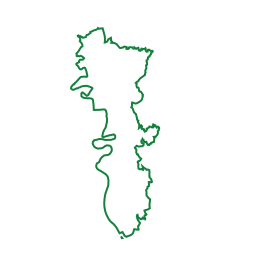 Pirojpur, Barisal, Bangladesh, rotated 344°
{"feature_id": "16705992B46028667424095", "entity_name": "Pirojpur", "entity_type": "district", "adm_level": 2, "iso_a3": "BGD", "parent_name": "Bangladesh", "parent_adm1": "Barisal", "projection": "mercator", "projection_center": [89.98, 22.515], "detail": "fine", "context": "isolated", "style": "outline", "palette": "green", "viewbox_px": 256, "rotation_deg": 344, "n_neighbors": 0, "source": "geoboundaries", "source_scale": "gbopen_adm2", "svg_char_len": 5840}
<svg xmlns="http://www.w3.org/2000/svg" viewBox="0 0 256 256"><g transform="rotate(344 128 128)"><path d="M90.9,226.8L94.0,226.5L95.1,230.8L96.6,232.2L97.6,231.9L100.8,231.8L103.0,231.1L104.1,230.1L106.1,227.0L109.7,228.6L110.2,228.5L110.6,225.2L111.6,224.5L113.4,222.6L112.2,219.3L112.0,217.9L112.2,215.2L112.7,214.2L113.2,214.1L113.1,216.0L113.3,216.8L115.0,219.0L116.0,219.4L117.3,218.3L118.2,219.7L119.2,220.5L119.6,220.0L119.5,218.7L119.3,218.6L119.4,217.3L120.2,216.5L121.6,216.5L121.9,216.1L121.2,214.3L121.0,212.3L121.1,211.8L124.7,211.8L126.8,211.2L127.4,207.9L129.6,202.7L128.4,200.9L127.2,198.1L127.5,196.7L128.2,194.5L128.2,192.9L128.9,192.2L130.0,191.5L130.6,189.8L132.3,189.5L133.1,185.7L133.7,185.7L135.0,186.6L135.7,186.7L136.1,186.5L136.2,183.8L135.3,181.8L135.1,180.6L135.5,180.1L135.5,179.2L136.6,176.1L136.8,174.3L135.7,173.4L134.2,173.3L133.8,172.1L132.6,171.0L131.4,168.9L131.3,171.9L130.8,172.5L130.5,172.2L130.1,171.2L128.1,171.0L126.9,169.9L127.3,167.7L128.1,165.5L127.9,163.3L128.6,162.8L130.2,162.8L131.5,161.9L132.2,161.0L131.5,160.3L131.0,159.3L130.4,157.4L130.4,156.3L129.6,156.1L129.4,155.8L129.2,153.5L129.9,151.9L130.0,150.8L129.1,149.1L129.1,148.8L131.5,147.5L133.2,148.9L134.9,149.0L136.7,149.5L137.9,149.0L138.4,148.4L138.1,146.7L137.0,146.0L137.0,145.3L137.4,143.8L138.2,143.7L138.9,142.6L139.1,143.3L139.5,143.5L139.3,143.9L139.3,144.8L140.0,145.3L140.1,146.1L140.4,145.9L140.6,146.3L141.8,146.4L141.9,148.2L142.6,150.0L143.7,150.2L143.8,149.7L144.2,149.4L146.1,149.4L146.1,148.7L146.7,148.6L147.8,148.4L149.0,148.6L150.2,145.9L150.5,144.4L150.3,143.6L150.6,143.6L150.9,144.3L151.6,144.5L154.8,142.1L155.4,141.2L155.8,139.2L156.6,138.9L157.1,138.4L157.3,137.6L157.8,137.2L158.0,136.2L157.2,134.9L156.0,134.9L155.7,135.4L154.9,133.6L155.1,133.0L153.8,132.1L153.3,131.5L152.5,132.5L153.1,133.8L152.5,134.3L151.4,134.2L151.2,133.8L149.0,132.5L148.4,133.3L147.5,133.3L146.9,133.7L145.8,133.8L145.8,134.7L145.1,135.2L144.8,135.9L143.1,136.1L143.0,134.9L142.7,134.7L142.8,134.2L143.1,133.9L143.1,133.7L142.6,133.3L142.0,133.2L141.8,132.8L141.1,132.8L140.8,132.2L142.0,130.2L141.4,129.0L140.9,129.1L140.6,129.9L138.7,130.9L139.2,129.9L139.8,127.1L139.3,125.8L139.3,124.1L139.9,123.9L139.1,122.3L139.3,120.9L139.5,117.0L138.1,114.6L137.9,111.0L137.5,109.8L136.9,109.0L137.7,108.2L138.3,106.7L138.5,105.6L139.1,104.6L141.8,106.5L143.0,106.7L146.6,105.9L148.6,104.9L149.4,104.3L151.0,101.5L150.8,101.1L151.5,100.3L150.5,96.9L149.9,96.3L149.3,96.2L148.9,95.4L149.2,92.7L149.1,92.1L149.0,91.9L147.8,91.5L147.8,89.6L148.1,88.4L148.6,87.9L148.4,87.1L148.0,86.8L149.1,86.1L150.9,85.8L151.7,84.8L153.4,83.7L159.1,81.6L159.3,80.4L160.2,79.5L160.1,79.1L160.4,77.7L160.9,77.2L161.2,76.5L162.1,75.7L162.7,72.7L163.7,72.4L164.4,70.2L164.1,69.3L164.5,68.1L165.5,67.8L166.3,66.9L166.5,65.7L168.4,65.2L168.4,64.7L170.3,63.5L170.9,62.3L172.2,61.9L172.5,61.5L172.1,61.1L172.8,60.8L172.6,60.5L171.2,60.3L169.7,58.4L168.7,58.4L168.0,59.9L166.9,59.8L166.3,58.6L166.9,56.5L166.8,56.1L166.2,56.4L165.4,56.5L164.4,56.3L162.8,55.4L162.5,55.8L162.7,56.7L162.6,57.0L161.2,56.8L160.8,57.1L159.8,56.3L160.0,55.4L160.0,53.7L158.8,53.7L158.1,54.2L157.5,54.1L156.7,52.8L156.6,53.3L156.2,53.4L154.9,53.1L154.7,51.9L153.4,51.4L152.7,50.9L151.0,50.9L150.9,51.6L150.7,51.6L150.2,52.0L148.5,51.7L148.3,51.6L148.3,51.2L149.0,50.1L148.9,49.8L147.2,48.8L146.0,48.9L145.3,49.3L144.4,49.0L143.3,49.2L142.5,49.0L141.9,48.2L140.2,44.3L138.1,42.4L135.5,41.5L136.5,40.7L135.7,39.2L136.2,38.4L136.4,36.6L133.6,37.3L131.8,39.2L130.2,39.4L129.2,39.4L130.2,36.8L131.0,33.2L131.1,25.2L127.2,24.5L126.7,23.7L126.1,24.3L125.1,24.7L121.6,24.8L119.4,25.3L118.3,25.2L118.0,26.4L117.5,26.4L115.5,27.3L113.8,27.2L112.8,28.8L111.5,29.0L109.3,28.7L109.1,28.5L109.1,28.1L108.5,27.9L108.2,27.2L107.0,26.1L106.0,26.1L105.7,25.4L105.1,25.5L105.1,26.2L106.0,26.9L106.5,27.9L106.4,30.5L106.2,30.9L105.6,31.2L106.7,33.6L107.1,35.2L106.8,36.7L106.7,37.0L105.2,37.3L101.2,40.9L98.9,42.3L99.0,43.0L98.5,44.6L98.8,45.0L100.3,45.2L101.0,45.7L102.2,45.5L103.4,46.4L104.9,48.4L105.0,48.9L103.6,49.8L100.5,49.2L99.4,50.2L99.2,51.2L97.1,51.6L96.1,52.0L95.9,52.6L96.1,53.3L97.2,54.9L97.4,56.9L98.3,58.5L98.9,58.7L100.2,58.5L101.1,58.0L102.1,57.9L102.9,58.1L103.2,58.5L103.5,60.0L103.6,62.3L103.3,66.7L102.9,67.2L102.3,67.4L101.0,66.8L98.0,66.1L96.7,66.0L95.9,66.3L91.0,69.4L89.5,70.0L88.8,70.9L88.2,71.2L87.8,70.9L86.2,71.8L84.7,73.0L84.2,74.1L84.3,74.7L84.9,75.6L86.1,76.3L89.6,75.7L90.1,76.0L91.0,75.9L91.8,75.6L93.2,75.6L95.2,75.2L99.2,75.9L100.3,76.3L102.9,78.0L104.7,79.6L104.7,80.1L104.3,80.6L101.3,82.8L100.0,84.4L99.4,84.5L99.1,85.2L98.4,85.6L97.2,85.7L94.8,82.0L93.8,81.2L92.7,81.9L92.0,84.6L92.8,85.9L93.7,86.7L96.6,88.1L99.5,88.9L100.7,89.5L101.5,90.1L102.0,90.9L101.9,92.4L101.1,97.0L100.1,101.2L105.8,102.7L110.1,103.5L111.1,104.1L111.5,105.1L111.6,106.8L111.2,109.4L110.6,110.5L110.4,113.6L109.3,116.6L106.7,121.3L104.0,123.9L102.6,125.8L101.0,128.8L101.0,129.4L101.6,129.8L103.3,130.0L107.2,129.9L112.2,130.2L112.4,130.5L113.1,130.7L113.5,132.0L113.2,133.3L112.2,134.6L108.4,134.7L103.2,133.3L101.7,132.7L101.2,132.0L100.3,131.8L98.5,130.9L96.1,130.6L94.6,130.7L92.5,130.4L91.7,130.6L91.6,131.0L90.5,131.6L89.8,133.2L89.8,134.0L90.4,136.6L91.5,138.1L93.3,139.5L97.2,140.2L98.7,140.0L101.2,139.0L103.0,138.9L104.6,139.5L105.8,140.2L106.2,140.8L106.7,142.3L106.5,144.3L106.2,145.1L105.5,146.1L103.8,147.6L102.8,148.1L101.5,148.4L97.6,147.8L94.8,148.9L92.8,150.4L91.0,152.7L88.2,153.6L87.7,154.3L86.8,156.1L87.0,158.2L87.2,158.7L88.0,159.9L90.6,162.5L94.0,166.5L95.0,168.8L95.1,169.6L94.8,172.9L93.4,177.3L92.3,179.3L91.6,180.0L88.1,185.0L85.9,189.6L84.5,193.5L83.7,196.7L83.3,199.9L83.2,202.7L83.5,206.1L84.4,210.4L85.2,212.6L87.8,216.6L89.4,220.3L90.9,226.8ZM91.8,232.3L92.2,232.3L91.4,230.3L91.7,232.1L91.8,232.3Z" fill="none" stroke="#15803d" stroke-width="2"/></g></svg>